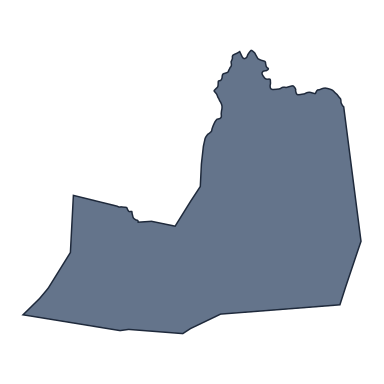 outline of San Francisco de Ojuera, Santa Bárbara, Honduras
{"feature_id": "27666195B61070827999255", "entity_name": "San Francisco de Ojuera", "entity_type": "district", "adm_level": 2, "iso_a3": "HND", "parent_name": "Honduras", "parent_adm1": "Santa Bárbara", "projection": "robinson", "projection_center": [-88.219, 14.715], "detail": "fine", "context": "isolated", "style": "filled", "palette": "slate", "viewbox_px": 384, "rotation_deg": 0, "n_neighbors": 0, "source": "geoboundaries", "source_scale": "gbopen_adm2", "svg_char_len": 5661}
<svg xmlns="http://www.w3.org/2000/svg" viewBox="0 0 384 384"><path d="M220.6,314.1L339.9,304.8L345.6,287.0L358.0,250.1L361.0,241.3L343.7,106.8L343.1,106.2L342.6,105.8L341.9,104.5L341.3,103.3L341.1,102.8L341.0,102.3L341.0,101.9L340.9,101.2L340.9,100.5L340.7,99.5L340.6,99.1L340.5,98.8L340.3,98.5L340.1,98.3L339.4,97.6L338.8,96.8L338.2,96.0L337.5,95.1L337.1,94.5L336.7,94.2L335.8,93.4L335.1,92.8L334.7,92.4L333.8,91.4L333.5,91.1L333.0,90.7L332.7,90.4L332.4,90.2L331.6,89.8L330.6,89.4L329.4,89.0L327.6,88.5L326.5,88.3L325.5,88.1L324.9,88.1L324.1,88.2L323.3,88.3L322.0,88.7L321.0,89.1L319.8,89.6L319.1,89.8L318.7,89.9L318.1,89.8L317.8,89.9L317.5,90.1L317.3,90.3L317.0,90.5L316.7,90.9L316.4,91.5L316.0,92.1L315.7,92.9L315.6,93.2L315.3,93.5L315.2,93.6L314.9,93.6L313.3,93.2L312.5,93.0L311.2,92.6L310.4,92.4L309.8,92.3L309.1,92.3L308.1,92.4L307.3,92.6L306.9,92.7L306.1,93.0L305.0,93.6L304.6,93.8L304.2,93.9L302.8,94.1L301.6,94.3L300.0,94.6L298.4,94.7L298.1,94.7L297.7,94.7L297.2,94.5L297.1,94.4L296.9,94.2L296.7,94.1L296.6,93.9L296.4,93.5L296.1,92.8L295.9,92.1L295.7,91.1L295.6,90.7L295.6,90.3L295.7,89.9L295.7,89.7L295.6,89.2L295.4,88.7L295.2,88.3L294.9,87.8L294.4,87.2L294.0,86.7L293.7,86.4L293.4,86.1L293.2,86.0L292.9,85.9L292.6,85.9L292.3,85.9L292.0,85.9L291.2,86.1L289.7,86.5L287.6,87.1L286.7,87.4L286.4,87.4L286.0,87.5L285.6,87.4L284.7,87.2L284.1,87.2L283.5,87.2L282.9,87.3L282.3,87.4L281.8,87.7L281.4,87.9L280.6,88.4L280.1,88.7L279.6,88.8L279.0,89.0L277.0,89.2L276.3,89.3L274.6,89.4L273.5,89.5L272.7,89.5L272.2,89.4L271.7,89.3L271.3,89.1L271.1,88.9L270.9,88.7L270.7,88.5L270.5,88.2L270.4,88.0L270.3,87.7L270.3,87.4L270.2,87.0L270.1,86.1L270.1,85.6L270.2,85.0L270.4,84.2L270.4,83.9L270.5,83.4L270.5,82.9L270.4,81.2L270.4,80.6L270.3,79.8L270.2,79.6L270.0,79.3L269.9,79.3L269.5,79.1L269.0,79.1L268.5,79.1L268.0,79.2L267.6,79.2L267.3,79.2L266.8,79.2L266.4,79.1L265.9,78.9L265.5,78.7L265.2,78.5L264.8,78.2L264.5,77.9L263.8,76.9L263.3,76.2L262.7,75.3L262.4,74.7L262.2,74.2L262.1,73.7L262.0,73.1L262.1,72.8L262.2,72.5L262.4,72.2L262.6,71.9L262.9,71.6L263.1,71.3L263.4,71.2L263.8,71.1L265.0,70.8L266.0,70.7L266.3,70.6L266.5,70.6L267.2,70.1L267.7,69.8L268.1,69.4L268.2,69.2L268.3,68.9L268.3,68.6L268.2,68.5L268.1,68.3L268.0,68.2L267.9,68.1L267.6,68.0L267.4,67.9L267.1,67.6L266.8,67.3L266.5,66.9L266.3,66.6L266.2,66.3L266.1,66.0L266.0,65.6L265.8,64.6L265.6,63.6L265.5,62.5L265.4,62.2L265.2,61.8L265.0,61.6L264.7,61.3L264.4,61.2L264.0,61.1L262.8,60.7L261.6,60.4L260.1,59.8L259.1,59.3L258.4,59.0L258.1,58.8L257.8,58.5L257.5,58.0L256.2,55.7L255.7,54.8L255.0,53.4L254.8,53.1L254.6,52.8L254.4,52.6L253.7,52.0L252.8,51.2L252.2,50.8L251.8,50.5L251.5,50.4L251.3,50.4L251.1,50.4L250.9,50.6L250.4,51.1L249.6,52.0L248.6,53.4L247.9,54.5L247.7,54.9L247.5,55.4L247.3,56.1L247.1,56.5L247.0,56.9L246.7,57.2L246.3,57.6L245.8,58.1L245.3,58.3L244.9,58.5L244.6,58.6L244.2,58.6L243.9,58.5L243.6,58.4L243.4,58.2L243.1,58.1L242.8,57.7L242.5,57.3L242.2,56.9L242.0,56.5L241.2,54.8L240.2,52.7L239.7,51.6L238.1,52.6L237.2,53.1L235.7,53.8L234.7,54.2L234.2,54.5L233.4,54.9L233.0,55.2L232.8,55.4L232.7,55.5L232.6,55.8L232.5,56.1L232.4,56.3L232.4,56.8L232.4,57.6L232.4,58.0L232.4,58.5L232.3,58.8L232.0,59.7L231.7,60.5L231.5,60.9L231.2,61.4L231.1,61.7L231.1,62.2L231.2,62.7L231.2,63.1L231.4,64.0L231.4,64.4L231.4,64.7L231.4,65.1L231.3,65.6L231.2,66.0L231.1,66.3L230.9,66.7L230.3,67.3L230.0,67.8L229.7,68.4L229.4,69.2L229.3,69.4L229.0,69.8L228.8,70.1L228.6,70.5L228.5,71.1L228.4,71.4L228.1,71.8L227.9,72.1L227.4,72.4L227.0,72.6L224.6,73.4L223.5,73.7L223.3,73.8L223.1,74.0L222.9,74.2L222.7,74.4L222.6,74.6L222.5,74.9L222.3,75.6L222.2,76.2L222.1,77.5L221.9,78.3L221.8,78.7L221.6,79.1L221.3,79.7L221.1,79.9L220.9,80.1L220.7,80.3L220.5,80.5L220.1,80.6L219.4,80.7L218.9,80.9L218.5,81.0L218.4,81.2L218.4,81.3L218.3,81.6L218.2,81.9L218.2,83.2L218.1,84.8L218.1,85.3L218.0,85.7L217.9,86.1L217.8,86.6L217.7,86.8L217.5,87.1L217.3,87.4L215.6,89.0L214.5,90.2L214.3,90.4L214.2,90.5L214.2,90.8L214.2,91.1L214.3,91.3L216.4,93.8L216.6,94.1L217.3,95.6L217.8,97.0L218.0,97.5L218.2,97.8L218.7,98.5L218.9,99.0L219.5,100.4L219.8,101.0L220.5,102.0L220.8,102.6L221.0,103.1L221.3,103.7L221.6,104.5L221.7,104.9L221.9,105.5L222.0,106.2L222.0,107.0L222.0,107.6L222.0,108.2L221.9,108.8L221.8,109.5L221.5,110.9L221.4,111.8L221.3,112.7L221.2,113.6L221.3,115.3L221.4,116.0L221.3,116.4L221.3,116.9L221.2,117.0L221.1,117.3L220.8,117.7L220.5,118.1L220.1,118.4L220.0,118.5L219.1,118.7L218.3,119.0L217.6,119.1L217.1,119.2L217.0,119.3L216.8,119.5L216.4,119.9L216.0,120.4L215.1,121.6L214.9,122.0L214.1,123.6L213.0,126.1L212.8,126.7L212.0,129.0L211.9,129.6L211.6,130.9L211.5,131.2L211.4,131.3L211.2,131.5L211.0,131.8L210.3,132.4L209.9,132.8L209.3,133.3L208.4,133.9L208.0,134.1L207.7,134.4L207.3,134.9L206.7,135.7L206.0,136.7L205.6,137.4L205.4,137.9L205.2,138.2L205.1,138.5L203.4,146.2L201.4,164.0L200.3,186.5L190.6,201.3L175.1,226.2L151.5,221.3L138.2,222.2L138.2,221.7L138.1,221.3L138.0,221.0L137.8,220.6L137.7,220.5L137.4,220.3L137.1,220.2L136.9,220.1L136.5,220.1L136.2,220.1L135.9,219.9L135.4,219.6L134.6,219.1L134.0,218.6L133.6,218.2L133.3,217.8L133.2,217.5L133.0,217.1L132.2,213.9L132.0,213.0L132.0,212.5L132.0,212.2L131.9,211.9L131.8,211.6L131.7,211.6L131.2,211.4L130.6,211.5L129.9,211.6L129.5,211.6L129.1,211.5L128.8,211.3L128.4,210.9L128.1,210.4L127.8,210.0L126.8,207.7L126.7,207.6L126.1,207.4L125.6,207.3L123.8,207.2L121.5,206.9L120.8,206.9L120.7,206.9L120.3,207.0L120.0,207.1L119.3,207.0L118.9,207.0L118.6,206.9L118.2,206.7L117.7,206.5L117.2,206.2L73.4,195.4L70.4,252.5L48.4,287.9L46.4,290.4L39.5,298.6L23.0,314.8L120.1,330.6L128.6,329.4L182.8,333.6L190.6,328.5L220.6,314.1Z" fill="#64748b" stroke="#1e293b" stroke-width="1.5"/></svg>